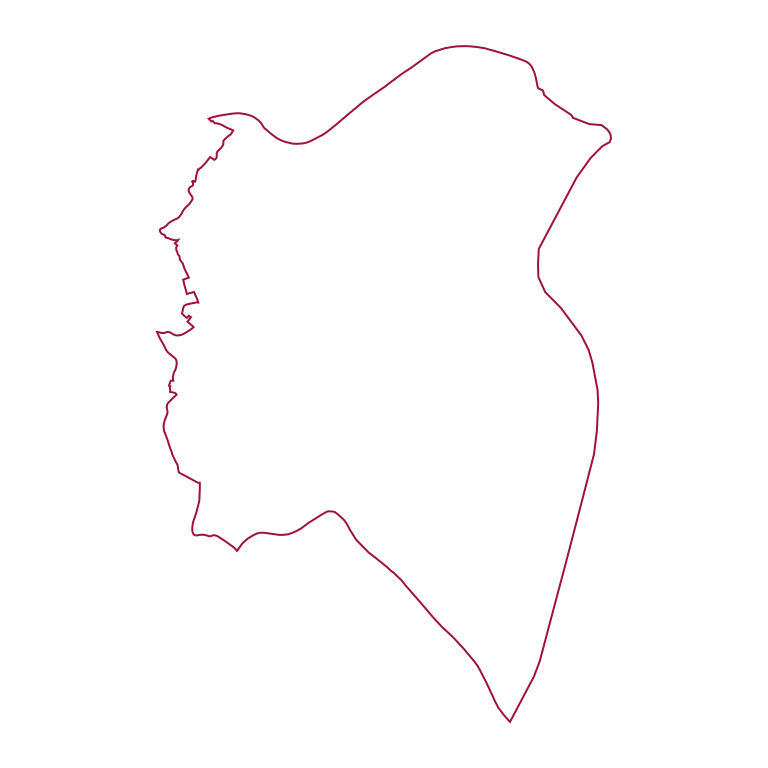 outline of Tien Hai, Thái Bình, Vietnam
{"feature_id": "81297802B12405297659236", "entity_name": "Tien Hai", "entity_type": "district", "adm_level": 2, "iso_a3": "VNM", "parent_name": "Vietnam", "parent_adm1": "Thái Bình", "projection": "orthographic", "projection_center": [106.496, 20.36], "detail": "fine", "context": "isolated", "style": "outline", "palette": "rose", "viewbox_px": 768, "rotation_deg": 0, "n_neighbors": 0, "source": "geoboundaries", "source_scale": "gbopen_adm2", "svg_char_len": 6061}
<svg xmlns="http://www.w3.org/2000/svg" viewBox="0 0 768 768"><path d="M510.0,721.9L533.9,676.6L539.7,661.3L566.5,560.4L583.2,496.2L594.0,454.2L596.9,430.8L598.2,402.7L597.5,389.7L592.4,362.7L588.7,350.0L581.4,335.5L560.7,307.7L545.3,292.2L538.4,277.1L538.0,264.5L538.8,248.9L576.7,177.4L590.6,158.0L602.3,146.2L609.7,142.1L611.0,138.3L610.3,133.8L607.4,129.6L601.6,125.1L589.3,124.1L573.1,117.9L571.1,114.8L555.2,104.4L544.2,95.1L542.9,90.5L538.1,88.1L537.4,85.9L535.9,77.9L534.2,72.2L532.7,68.7L531.0,65.7L529.0,63.5L526.5,61.7L521.3,59.6L509.9,55.6L496.0,51.4L484.4,48.2L476.9,47.0L470.7,46.4L465.8,46.1L456.5,46.4L451.2,47.1L445.0,48.2L438.9,50.1L434.4,51.6L431.3,53.2L427.9,55.6L420.3,61.1L411.5,67.5L401.5,74.1L388.0,84.2L385.1,86.5L366.8,99.1L362.8,102.1L349.8,112.9L335.5,125.1L326.6,132.2L323.0,134.6L317.8,137.4L310.9,140.9L307.2,142.4L304.4,143.1L302.1,143.5L296.9,143.8L293.2,143.7L289.3,142.9L284.3,141.6L280.9,140.2L277.9,138.8L275.3,137.0L272.5,134.9L269.4,132.4L264.3,128.0L263.3,126.6L261.8,124.2L260.7,122.6L259.4,121.3L258.0,120.0L256.9,119.2L253.9,117.1L252.0,116.1L247.7,114.7L245.1,114.1L243.1,113.8L241.6,113.5L239.3,113.3L237.1,113.2L234.9,113.4L232.6,113.6L228.9,114.1L226.2,114.6L223.5,114.9L221.6,115.3L218.9,115.7L215.0,116.6L212.1,117.3L208.7,118.7L211.3,121.4L212.8,121.0L214.6,123.2L217.8,123.5L220.1,124.2L222.8,125.4L224.4,126.4L226.9,127.7L233.2,130.4L230.6,134.6L230.1,134.8L229.1,135.5L227.4,136.8L224.8,139.2L224.4,139.7L223.3,141.1L223.4,143.0L223.3,144.1L223.1,144.8L222.7,145.7L221.9,146.7L220.9,148.0L217.4,151.6L217.1,152.1L216.9,152.4L216.7,153.9L216.7,156.5L216.6,157.4L216.4,158.0L216.0,158.6L215.0,159.3L214.3,159.8L210.1,157.1L206.6,161.6L205.2,163.3L202.6,166.1L201.1,167.5L200.4,168.1L199.8,168.4L199.4,168.7L199.1,169.0L198.8,169.7L198.6,169.8L198.4,169.9L198.2,170.0L197.9,169.8L196.9,173.0L196.3,175.4L195.5,180.6L195.3,181.3L195.2,181.5L194.9,181.7L194.7,181.8L194.3,181.7L193.5,181.0L193.3,181.0L193.0,181.0L192.7,181.0L192.2,181.5L192.7,182.4L192.9,183.0L193.0,183.5L193.0,184.4L193.0,184.8L192.8,185.3L192.2,186.0L190.6,186.8L189.7,187.5L189.3,188.0L188.9,188.7L188.8,189.1L188.7,190.2L188.7,190.6L188.7,191.2L189.4,192.7L190.2,193.9L190.8,194.9L191.7,196.0L192.4,197.2L192.5,197.7L192.6,198.2L192.4,199.4L191.8,200.4L190.1,203.1L189.3,204.1L188.2,205.1L186.1,207.0L185.0,208.1L183.6,210.0L182.4,211.9L181.8,213.2L181.4,213.9L180.8,214.9L179.8,216.1L178.9,217.2L178.1,217.9L177.4,218.4L176.8,218.7L175.6,219.2L174.2,219.8L171.2,221.4L169.9,222.2L169.5,222.5L168.3,223.5L167.3,224.6L166.7,225.3L166.0,225.9L165.4,226.4L164.4,227.2L163.8,227.5L161.9,228.2L160.8,228.7L160.4,229.0L160.2,229.3L160.0,229.7L159.9,230.3L159.9,231.1L160.3,231.9L161.3,233.4L161.6,233.8L161.8,233.9L164.3,234.9L164.7,235.2L165.0,235.5L165.3,236.3L165.4,237.0L165.5,237.5L166.5,237.7L167.7,238.0L168.8,238.4L170.8,239.2L171.8,239.5L172.9,239.8L173.8,240.0L175.7,240.2L177.0,240.2L177.4,240.2L178.1,240.0L177.1,241.3L174.8,243.2L177.3,245.5L176.7,246.5L176.2,247.6L176.2,249.0L176.4,250.3L177.1,251.7L177.6,253.2L178.0,254.4L179.4,256.1L180.0,259.7L181.5,261.8L182.8,263.4L183.1,264.6L184.1,267.6L185.5,270.9L187.6,274.9L188.8,277.6L183.2,279.7L183.4,280.4L184.3,284.7L186.0,290.4L186.9,294.0L189.5,293.2L192.6,292.4L194.0,292.0L195.6,295.6L197.5,299.9L198.3,302.6L198.1,302.6L197.0,302.4L196.0,302.5L194.0,302.9L187.3,304.3L186.1,304.7L185.1,305.3L184.2,305.9L183.7,306.6L183.2,308.1L182.3,312.4L182.0,313.6L184.3,315.9L186.9,318.0L188.8,315.7L191.0,317.3L187.5,321.6L192.5,326.0L193.6,327.1L192.4,328.2L190.4,329.7L187.0,331.9L183.0,334.2L182.0,334.6L180.4,335.1L178.2,335.4L176.7,335.4L175.5,335.2L174.5,334.9L173.3,334.3L171.5,333.3L170.8,332.8L170.0,332.4L169.1,332.1L168.1,331.9L166.3,332.2L164.5,332.9L163.9,333.0L162.5,333.0L160.7,332.8L159.3,332.3L158.0,332.1L157.0,332.0L157.7,333.5L159.6,337.8L161.9,341.8L163.4,344.4L165.0,347.6L165.7,349.2L166.6,350.6L167.5,351.9L168.4,352.8L174.4,357.7L175.2,358.5L175.8,359.3L176.3,360.3L176.5,361.1L176.6,361.6L176.7,362.6L176.7,363.4L176.6,364.5L176.3,366.3L176.1,367.5L175.6,368.9L175.3,370.2L174.6,371.2L174.2,371.9L174.0,372.6L173.6,373.6L173.2,375.6L172.9,377.3L172.9,378.4L173.0,379.4L173.3,380.6L170.6,380.8L170.0,382.8L169.3,384.6L169.0,385.8L170.3,386.2L169.9,387.4L170.0,388.5L170.2,392.1L171.9,392.2L173.4,392.5L175.1,393.1L175.8,393.5L176.6,394.8L175.6,395.6L173.3,397.7L168.3,402.8L167.9,403.2L167.3,404.1L167.1,404.7L166.9,405.9L166.7,407.4L167.2,409.8L167.4,410.7L167.5,411.8L167.5,412.3L167.4,413.0L167.1,414.1L166.4,416.1L164.7,420.3L164.2,422.4L163.9,423.6L163.6,426.1L163.6,427.6L163.9,429.8L164.1,431.0L164.5,432.1L165.9,435.6L166.1,436.1L167.5,439.9L170.2,448.4L172.1,453.0L172.1,454.0L172.5,455.0L175.9,462.0L176.4,463.0L177.1,464.0L177.4,464.6L177.7,465.8L178.2,469.2L178.8,472.3L179.2,472.7L185.7,476.1L197.8,482.7L199.8,482.8L199.8,485.7L199.8,489.5L199.6,493.3L199.4,499.7L199.1,501.8L196.7,511.1L195.5,515.0L194.1,519.1L193.3,521.4L192.8,523.6L192.3,527.4L192.3,529.9L192.4,530.9L192.5,531.7L192.7,532.5L193.1,533.4L193.5,534.1L194.1,534.7L194.6,535.0L195.1,535.3L195.7,535.4L196.7,535.4L198.3,535.2L200.1,534.9L201.3,534.7L202.4,534.7L203.4,534.8L204.9,535.0L206.3,535.3L208.7,536.1L210.0,536.3L210.6,536.2L211.7,535.8L213.5,535.2L214.2,535.2L215.8,535.6L216.9,535.9L217.8,536.4L221.7,538.9L224.5,540.7L233.7,547.3L234.7,548.2L236.9,550.8L238.3,549.2L242.1,543.7L245.4,540.6L247.7,538.7L250.3,537.0L253.6,535.1L256.5,533.7L258.4,533.1L259.9,532.8L264.3,532.8L273.7,534.1L279.3,534.9L282.5,534.9L287.8,534.4L293.9,532.3L300.6,528.8L308.8,522.7L315.7,518.4L321.0,515.0L327.3,511.5L329.3,511.3L333.3,511.6L334.6,512.0L337.0,513.6L344.0,519.9L346.6,523.6L350.4,530.6L356.1,539.6L358.7,542.4L368.7,552.5L374.9,557.3L386.3,566.5L391.6,571.3L393.4,572.5L401.7,580.5L405.7,585.6L413.9,595.0L419.2,601.0L428.1,611.4L429.8,613.5L434.2,618.6L441.8,626.7L453.3,637.5L462.6,647.5L466.7,652.3L473.7,660.7L477.6,665.9L480.5,671.2L485.0,679.9L486.6,683.1L492.8,696.4L494.6,700.5L498.2,707.5L503.9,715.1L510.0,721.9Z" fill="none" stroke="#9f1239" stroke-width="2"/></svg>